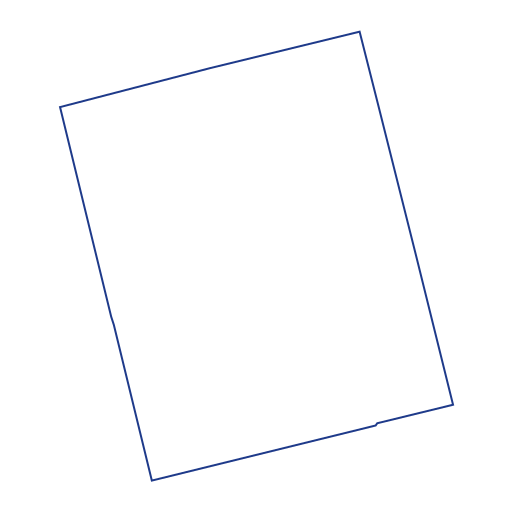 Codington, South Dakota, United States of America (Albers equal-area conic projection), rotated 256°
{"feature_id": "52423323B33068047494681", "entity_name": "Codington", "entity_type": "district", "adm_level": 2, "iso_a3": "USA", "parent_name": "United States of America", "parent_adm1": "South Dakota", "projection": "albers", "projection_center": [-97.185, 44.978], "detail": "fine", "context": "isolated", "style": "outline", "palette": "blue", "viewbox_px": 512, "rotation_deg": 256, "n_neighbors": 0, "source": "geoboundaries", "source_scale": "gbopen_adm2", "svg_char_len": 306}
<svg xmlns="http://www.w3.org/2000/svg" viewBox="0 0 512 512"><g transform="rotate(256 256 256)"><path d="M449.4,256.8L447.9,101.9L232.2,100.8L223.5,101.4L63.3,100.6L62.6,331.1L64.4,333.2L64.0,411.2L217.9,411.4L371.7,411.1L448.6,410.8L449.4,256.8Z" fill="none" stroke="#1e3a8a" stroke-width="2"/></g></svg>